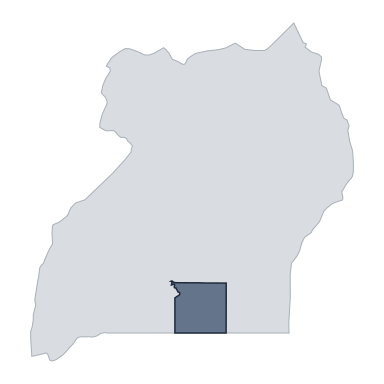 location of Kalangala within Uganda
{"feature_id": "UGA-2631", "entity_name": "Kalangala", "entity_type": "District", "adm_level": 1, "iso_a3": "UGA", "parent_name": "Uganda", "parent_adm1": "", "projection": "albers", "projection_center": [32.167, -0.565], "detail": "fine", "context": "in_parent", "style": "filled", "palette": "slate", "viewbox_px": 384, "rotation_deg": 0, "n_neighbors": 0, "source": "natural_earth", "source_scale": "10m", "svg_char_len": 2804}
<svg xmlns="http://www.w3.org/2000/svg" viewBox="0 0 384 384"><path d="M289.0,333.1L282.5,333.0L271.9,333.0L261.3,333.0L250.8,333.0L240.2,333.0L229.6,333.0L219.0,333.0L208.4,333.0L197.9,333.0L187.3,333.0L176.7,333.0L166.1,333.0L155.5,333.0L145.0,333.0L134.4,333.0L123.8,333.0L113.2,333.0L107.0,333.0L105.7,332.8L104.9,332.6L100.9,333.4L96.7,336.0L92.3,337.1L87.6,336.6L87.1,336.9L84.7,336.9L81.2,336.7L78.1,337.4L75.8,339.7L73.4,343.6L69.0,348.1L65.7,352.1L62.8,354.9L56.2,359.6L52.6,361.0L50.8,360.7L49.7,359.9L47.6,353.9L46.3,353.0L33.5,356.1L31.6,356.1L31.7,354.3L30.8,340.3L30.6,331.7L32.3,326.3L33.2,320.1L33.3,314.6L35.7,305.4L34.8,299.8L37.8,280.3L38.6,277.1L39.8,267.6L41.7,264.7L43.3,263.6L45.5,257.8L49.7,248.6L52.6,243.8L52.0,233.4L52.4,226.3L53.1,224.7L59.3,222.1L67.4,215.6L70.8,207.9L75.6,203.0L84.9,199.8L85.0,199.7L112.6,173.3L125.5,159.1L131.1,151.9L131.3,149.3L132.4,145.8L130.1,143.1L127.4,140.7L126.5,138.5L124.2,137.4L120.9,137.4L118.7,135.8L116.2,132.6L113.7,130.6L105.9,130.8L99.8,127.5L99.9,123.1L102.2,114.3L106.8,104.3L107.1,101.5L106.4,99.2L105.3,97.1L103.2,95.1L101.3,92.8L102.8,85.5L105.7,78.5L108.0,75.0L110.4,71.0L109.7,67.8L106.3,66.2L108.1,63.0L111.7,57.7L118.8,52.3L125.0,48.7L129.2,48.7L137.3,51.5L144.6,54.9L148.6,55.1L153.5,53.6L163.6,47.7L166.0,49.6L169.0,53.2L172.2,59.2L178.6,61.9L181.6,63.8L183.8,64.4L185.0,63.9L187.4,59.2L190.4,56.6L195.7,53.4L207.6,50.8L216.1,50.0L219.7,49.4L225.8,47.9L235.3,43.1L244.7,49.3L254.8,50.5L264.7,50.5L267.7,48.6L269.4,47.2L279.8,36.9L293.8,23.0L303.1,42.6L306.3,43.8L305.9,45.5L305.1,47.1L311.2,51.9L318.7,54.4L321.4,56.8L321.6,59.4L319.0,70.9L319.5,74.1L321.9,85.6L326.4,88.2L330.3,99.8L338.3,104.7L339.5,106.1L341.3,111.7L343.7,117.9L345.6,119.3L346.8,119.7L349.2,126.2L347.8,129.9L349.6,141.0L352.6,151.0L353.4,162.9L353.4,168.1L353.3,171.3L352.6,175.9L351.1,178.5L348.6,181.0L345.7,185.0L343.3,189.3L341.7,191.4L342.9,197.8L342.6,199.5L341.9,200.3L338.3,201.3L333.7,203.0L330.9,204.7L326.9,208.0L323.7,211.5L319.4,221.9L312.4,230.0L311.2,232.6L304.5,237.4L301.6,243.4L299.7,250.7L297.1,255.9L291.5,263.1L290.2,274.4L290.3,297.1L288.8,322.9L289.0,333.1Z" fill="#d9dde1" stroke="#a8b0b8" stroke-width="1"/><path d="M218.7,333.0L207.9,333.0L197.0,333.0L186.1,333.0L175.2,333.0L174.9,333.0L174.9,319.4L174.9,297.9L176.2,297.0L177.4,296.2L178.8,295.4L179.8,294.2L179.6,292.6L177.9,291.9L177.5,290.9L177.0,289.9L176.5,289.3L176.3,288.9L176.2,288.4L176.1,288.0L175.6,287.9L175.1,287.9L174.8,287.9L174.5,287.6L174.2,287.0L174.5,285.5L174.6,284.6L174.0,284.2L173.4,284.3L171.4,285.0L171.9,282.6L172.2,281.7L171.8,281.6L170.9,281.3L171.9,280.9L173.5,282.2L175.6,282.7L190.5,282.8L198.8,282.8L205.1,283.0L211.8,283.0L226.2,283.1L226.2,300.8L226.1,333.0L218.8,333.0L218.7,333.0Z" fill="#64748b" stroke="#1e293b" stroke-width="1.5"/></svg>